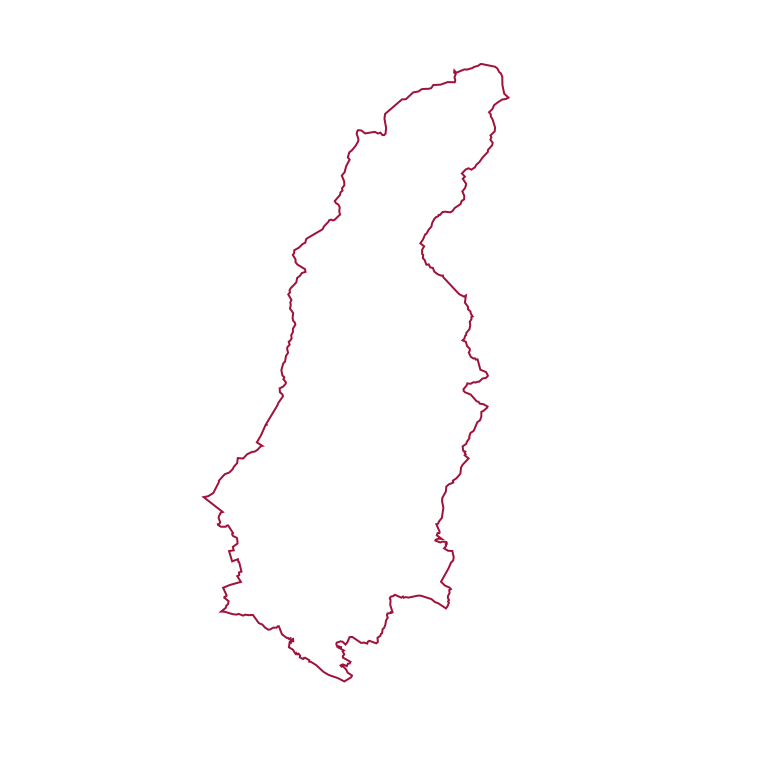 the district of Dumitresti, Vrancea, Romania, rotated 61°
{"feature_id": "2599482B73706266576217", "entity_name": "Dumitresti", "entity_type": "district", "adm_level": 2, "iso_a3": "ROU", "parent_name": "Romania", "parent_adm1": "Vrancea", "projection": "albers", "projection_center": [26.916, 45.591], "detail": "fine", "context": "isolated", "style": "outline", "palette": "rose", "viewbox_px": 768, "rotation_deg": 61, "n_neighbors": 0, "source": "geoboundaries", "source_scale": "gbopen_adm2", "svg_char_len": 6165}
<svg xmlns="http://www.w3.org/2000/svg" viewBox="0 0 768 768"><g transform="rotate(61 384 384)"><path d="M504.1,636.8L505.7,634.0L511.9,628.0L514.2,624.8L514.6,622.6L518.2,619.6L518.5,617.1L520.4,614.8L522.4,610.6L532.5,609.4L535.4,607.0L539.3,606.2L542.8,604.3L543.5,602.5L543.4,599.1L545.0,596.2L544.4,594.3L544.9,593.4L553.5,594.6L558.9,592.2L559.4,591.1L560.8,590.8L561.0,589.1L562.8,590.0L562.9,587.2L565.0,588.1L564.1,589.7L565.3,591.0L564.2,591.8L568.2,594.8L572.1,592.5L577.1,592.2L576.8,591.1L578.4,591.0L578.4,589.5L580.8,589.0L582.2,590.2L584.9,588.4L585.4,587.7L584.8,586.8L585.1,585.8L589.4,583.2L590.6,584.0L591.6,582.6L597.0,579.6L606.4,576.5L611.7,573.4L618.9,566.9L624.9,562.9L624.6,554.8L623.4,553.3L618.9,555.7L615.5,555.5L612.2,556.4L610.9,557.1L610.6,558.2L609.1,558.4L609.3,555.9L612.7,553.3L611.1,551.2L611.8,549.5L610.8,548.0L603.3,552.6L601.9,551.8L601.2,549.8L597.9,549.8L597.6,548.3L593.0,551.3L593.7,549.4L593.2,549.1L590.2,552.2L588.1,551.7L587.3,550.7L588.0,546.8L589.3,545.2L593.2,544.0L592.2,541.4L588.7,536.9L589.8,534.4L599.4,529.5L600.5,526.8L602.9,524.5L601.5,523.0L601.5,521.3L607.1,516.5L606.6,514.4L602.8,512.7L602.5,509.3L601.1,507.8L601.1,506.6L597.7,504.0L597.4,502.2L595.2,499.5L591.8,496.9L590.2,494.0L587.8,493.6L586.4,492.3L587.4,489.5L586.9,488.9L587.8,488.3L587.8,487.2L580.4,485.7L575.9,482.9L574.4,483.0L573.3,481.3L574.0,478.6L573.6,476.7L579.3,472.4L579.1,470.5L580.4,470.4L580.9,468.4L582.7,466.1L585.6,456.8L586.9,454.5L595.1,446.8L599.4,445.2L602.0,442.9L610.3,438.6L609.2,436.2L606.8,433.3L605.2,433.4L604.5,431.9L602.2,431.9L600.5,430.9L598.5,427.9L595.9,426.9L595.8,424.9L593.8,425.4L589.9,428.4L584.6,430.0L576.5,416.9L572.7,412.0L571.9,409.1L569.3,407.0L563.2,405.2L560.9,408.8L556.9,411.1L555.7,408.2L553.9,407.6L554.2,406.5L552.5,406.0L550.1,409.4L549.9,411.6L545.9,415.0L545.3,414.4L545.6,411.4L547.5,408.6L541.9,411.2L540.4,409.4L541.3,407.9L540.3,407.0L532.0,406.2L532.3,404.4L530.8,402.4L529.2,398.4L521.1,392.1L514.5,390.0L511.8,388.1L508.1,382.1L503.9,379.2L503.2,375.8L503.8,371.2L501.9,370.6L501.6,366.4L499.5,360.7L494.4,357.1L492.8,354.5L490.1,346.1L485.5,348.0L485.0,346.6L483.2,346.8L482.6,345.7L480.8,347.1L476.7,345.5L476.2,341.0L474.8,339.7L472.7,335.4L471.6,335.2L468.8,332.2L468.4,328.2L462.6,320.8L462.3,317.6L459.6,314.6L455.6,312.4L455.7,309.8L454.7,305.4L453.9,304.3L449.7,307.0L447.7,309.7L445.4,310.0L443.9,311.4L435.2,313.3L430.6,317.1L428.8,317.7L427.1,317.0L425.4,312.6L423.9,310.8L425.8,308.1L425.8,304.8L427.1,303.3L427.4,300.9L428.1,299.8L427.0,295.2L428.1,292.0L427.2,289.1L423.1,288.9L418.2,292.8L407.8,290.2L407.1,291.9L405.6,292.0L405.1,293.4L402.4,294.9L397.6,294.6L396.4,292.8L394.6,291.9L391.0,293.0L386.8,291.9L383.9,294.1L383.3,291.7L381.3,289.8L381.0,288.5L379.3,287.3L377.4,282.6L374.3,280.0L371.2,278.9L369.6,276.0L367.8,275.1L367.9,273.7L364.9,274.0L362.2,273.2L359.5,274.3L357.1,273.1L352.1,273.8L346.3,269.5L346.4,271.6L341.9,274.7L319.3,280.4L317.7,279.9L316.9,281.5L314.1,283.8L310.2,285.5L306.1,285.0L304.5,287.0L301.0,286.9L300.4,288.9L299.8,289.1L295.3,288.3L292.8,289.0L290.1,287.2L288.7,287.6L285.0,285.5L283.0,282.1L278.6,284.0L276.5,279.8L273.2,275.6L273.0,273.8L270.7,270.1L269.3,266.2L266.6,263.9L264.0,260.0L263.3,257.6L263.6,255.4L262.6,254.2L263.3,253.1L262.0,249.5L262.7,247.4L265.9,242.9L266.0,240.3L264.3,236.7L263.8,229.9L261.5,227.2L261.4,224.5L258.4,222.6L253.5,222.1L251.9,218.1L249.0,215.1L242.7,215.6L241.9,212.7L237.6,213.8L236.0,208.6L236.3,205.5L238.9,203.7L238.6,199.5L237.0,196.9L236.1,192.9L233.5,187.5L231.4,180.7L229.6,179.5L227.6,173.6L225.8,172.0L221.9,172.5L220.4,170.5L218.2,170.4L216.7,164.7L213.5,162.5L205.4,160.8L201.8,160.9L200.0,159.9L197.2,160.4L196.2,156.1L193.5,152.5L192.9,148.4L192.5,142.6L193.8,139.4L193.9,136.3L188.4,138.1L180.2,135.6L172.6,131.6L169.0,131.2L167.1,132.0L163.1,131.9L160.4,133.0L151.5,143.4L151.0,144.4L151.3,147.8L150.3,151.5L150.5,153.5L149.2,159.2L147.8,161.1L146.8,169.9L144.0,170.5L145.5,171.6L148.0,171.2L149.8,173.6L152.9,174.4L154.4,175.8L150.8,182.0L149.6,189.5L146.4,195.9L148.1,199.2L147.6,201.5L144.8,207.0L144.4,208.7L144.9,212.0L143.1,217.0L145.5,226.8L143.8,230.3L148.3,252.1L152.2,255.0L161.1,258.0L165.8,261.3L166.4,263.2L165.5,264.7L162.4,265.3L162.0,267.8L159.0,269.8L155.7,279.0L151.3,280.9L149.5,283.5L149.8,284.6L151.8,286.6L157.4,287.6L159.2,288.9L161.9,293.3L164.1,299.0L164.6,302.1L168.3,305.8L171.1,305.3L175.1,311.4L179.7,315.8L181.3,319.9L187.4,320.6L190.9,322.3L192.5,325.9L194.7,326.5L195.3,329.1L197.4,330.9L200.1,338.4L202.6,338.3L204.9,336.9L208.1,337.1L211.4,339.5L214.5,340.3L216.5,347.8L216.1,349.5L214.7,350.4L214.2,352.6L215.2,353.9L216.9,359.7L218.9,362.9L219.3,380.3L219.6,381.9L222.3,384.4L222.1,387.4L223.5,392.2L223.5,397.6L226.1,399.3L226.9,401.2L232.2,401.0L234.6,402.3L237.6,401.8L245.3,397.4L247.9,398.3L247.1,402.1L248.5,404.7L249.2,408.6L252.6,411.4L255.0,419.2L256.2,421.2L258.2,421.7L259.2,424.3L265.6,424.2L267.1,426.3L269.8,427.3L272.5,429.7L277.9,429.0L282.0,432.0L284.7,432.8L286.7,432.2L289.1,432.7L291.5,436.9L294.3,438.4L296.5,441.6L299.4,442.7L300.7,445.3L300.8,446.8L303.9,447.5L305.0,450.7L306.1,451.6L310.2,452.8L311.9,456.1L316.4,459.7L317.2,462.2L322.2,467.1L327.3,468.7L329.8,467.9L331.0,469.7L335.1,469.0L336.3,470.3L337.4,473.5L337.2,477.4L340.8,479.0L344.0,477.9L345.7,478.2L349.2,485.4L351.0,487.6L361.7,506.2L362.8,506.3L362.4,507.4L369.2,516.4L373.4,523.5L379.0,520.5L378.6,521.5L380.3,526.8L380.4,530.1L379.4,532.3L379.1,537.8L380.9,543.3L377.9,547.8L382.0,550.8L383.6,555.4L385.1,557.6L386.4,562.2L385.7,567.0L388.5,575.2L389.8,576.0L396.6,586.2L396.9,592.2L395.5,596.6L417.8,587.1L417.4,589.2L419.8,592.7L421.0,593.6L425.6,594.3L426.5,595.9L426.1,597.3L426.8,597.5L429.7,595.9L432.1,591.7L431.6,590.1L432.1,588.9L441.3,588.3L441.6,589.6L443.5,589.8L447.3,587.3L450.1,588.2L452.5,589.5L453.2,595.2L456.6,596.1L455.0,600.5L465.5,602.8L466.4,596.7L469.1,597.6L469.7,597.1L479.0,599.6L478.5,602.2L481.0,603.3L480.9,605.5L487.7,605.1L485.1,616.0L484.2,623.5L492.4,624.1L493.0,624.5L492.9,626.8L493.4,627.3L498.6,625.2L500.9,627.1L501.4,629.4L503.0,630.8L504.1,636.8Z" fill="none" stroke="#9f1239" stroke-width="2"/></g></svg>